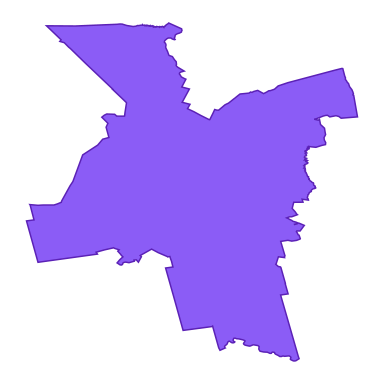 outline of Ugāles pag., Ventspils, Latvia
{"feature_id": "27541924B38189236696308", "entity_name": "Ugāles pag.", "entity_type": "district", "adm_level": 2, "iso_a3": "LVA", "parent_name": "Latvia", "parent_adm1": "Ventspils", "projection": "natural_earth1", "projection_center": [21.987, 57.232], "detail": "fine", "context": "isolated", "style": "filled", "palette": "violet", "viewbox_px": 384, "rotation_deg": 0, "n_neighbors": 0, "source": "geoboundaries", "source_scale": "gbopen_adm2", "svg_char_len": 5881}
<svg xmlns="http://www.w3.org/2000/svg" viewBox="0 0 384 384"><path d="M38.0,262.3L97.4,254.1L96.1,252.2L104.8,249.8L112.8,248.0L113.3,247.7L114.7,248.4L119.1,249.8L117.8,251.2L120.8,254.5L121.2,255.2L122.9,256.9L119.8,259.7L117.1,262.9L120.1,264.9L121.6,265.0L122.5,264.4L122.9,263.1L123.9,262.4L125.7,262.1L129.0,262.7L134.3,261.2L134.0,260.1L136.3,259.8L138.4,262.2L141.4,256.7L140.2,255.5L151.6,249.1L158.1,252.6L167.4,256.6L167.6,256.9L169.9,256.5L170.5,258.6L171.5,261.2L172.9,267.0L165.6,268.0L173.9,297.4L183.1,330.4L211.7,326.6L212.2,326.4L212.6,326.1L218.7,347.8L220.0,350.3L225.2,348.0L224.8,347.7L224.6,346.7L225.0,345.8L226.8,344.4L227.3,343.6L227.7,342.3L228.3,341.6L229.0,341.2L229.5,341.2L231.6,342.6L233.0,342.9L234.5,342.4L234.8,341.9L233.5,341.1L233.2,340.6L233.2,339.7L233.6,338.7L234.0,338.2L235.3,338.2L236.5,338.7L238.9,338.9L243.1,339.9L244.8,340.6L245.0,341.0L244.8,341.6L244.1,342.4L243.5,343.7L243.7,344.1L244.6,344.9L245.7,345.3L249.3,346.1L250.3,346.0L252.9,344.9L253.6,344.8L258.0,345.6L259.1,346.5L258.8,349.1L259.8,351.0L260.4,351.3L263.6,352.0L267.3,352.2L270.1,353.4L271.3,353.3L272.0,352.3L272.5,352.1L274.2,352.3L274.8,352.9L274.8,353.5L275.6,354.2L278.1,355.4L279.8,356.5L281.5,356.5L282.4,356.1L283.2,356.0L284.6,356.3L288.9,355.9L289.6,356.1L290.8,357.1L290.9,357.5L290.4,358.9L290.4,359.4L290.8,359.7L293.1,360.8L294.0,361.0L295.8,360.8L299.1,358.7L298.3,356.4L280.6,295.0L288.1,293.9L285.2,283.6L285.4,283.4L280.9,267.5L280.7,267.5L280.4,266.9L278.3,266.5L275.8,264.3L276.2,263.7L278.4,256.8L284.6,257.6L284.4,256.7L285.0,255.9L280.7,241.4L287.9,240.3L291.8,241.1L296.5,240.4L300.0,239.1L300.3,238.7L299.1,235.2L298.2,234.8L297.2,232.8L296.4,231.7L296.9,230.9L300.1,231.0L304.3,225.4L299.4,223.3L298.2,223.0L297.2,223.8L294.6,224.5L294.5,224.3L297.1,223.6L298.0,223.0L296.2,222.2L292.7,221.2L291.8,220.4L289.6,219.4L288.7,218.8L286.7,217.9L289.6,216.8L291.7,216.8L297.4,214.7L296.8,214.2L295.1,211.7L292.2,208.5L293.7,202.3L303.0,202.2L302.1,199.2L308.4,200.1L308.1,198.8L307.4,198.2L307.3,197.8L307.6,196.5L307.9,195.8L307.9,194.8L308.9,193.9L309.1,192.9L309.8,192.3L311.3,191.5L311.1,190.6L312.1,189.5L313.2,188.8L314.7,188.5L315.7,188.0L315.7,187.7L315.0,187.1L315.2,186.9L315.2,186.3L314.9,185.9L313.7,185.1L313.6,184.8L313.6,183.5L313.4,182.9L312.1,182.4L311.4,181.6L310.1,180.8L310.0,180.5L309.6,180.1L309.3,179.4L308.8,179.3L308.8,179.0L309.1,178.5L308.3,177.7L308.5,176.7L307.5,176.3L307.0,174.8L306.9,174.2L306.2,173.3L306.1,172.5L305.1,171.7L305.5,170.9L304.7,170.0L305.4,169.2L305.0,168.1L304.0,168.0L304.9,166.9L303.9,165.8L304.8,165.5L304.5,164.9L304.6,164.6L305.4,164.4L307.6,163.4L307.9,162.8L307.2,162.0L306.3,161.9L305.6,161.3L305.6,161.0L307.3,160.4L305.5,159.5L304.6,159.8L304.8,159.4L306.5,158.3L304.5,157.6L304.4,157.2L304.8,156.3L305.4,155.9L306.1,155.8L306.5,155.4L306.4,154.8L305.3,153.6L306.3,153.0L306.8,152.9L306.1,152.1L305.0,151.8L305.0,151.0L305.3,150.7L306.5,150.7L307.4,149.9L307.5,149.5L306.8,149.1L307.2,148.5L307.4,148.4L308.8,149.1L309.3,148.1L309.2,147.9L307.8,147.5L307.5,147.3L307.5,147.1L308.9,146.8L308.8,146.4L311.0,146.8L315.9,147.3L321.9,145.4L325.5,144.6L325.7,142.6L324.4,140.2L324.0,137.7L325.6,134.6L325.1,132.1L324.5,128.2L320.5,124.5L319.5,119.4L318.3,120.2L314.2,119.2L316.4,118.7L323.4,116.0L325.8,115.4L327.5,115.3L329.8,116.9L336.0,115.7L338.9,116.5L341.1,118.2L357.5,116.9L353.7,95.3L353.0,95.0L353.0,94.5L353.4,93.7L352.8,91.8L351.9,89.7L349.6,86.7L348.5,83.5L347.2,82.2L346.8,81.3L345.3,79.2L345.5,78.0L345.2,77.0L344.9,76.7L342.8,68.6L342.0,68.4L335.2,70.1L287.8,82.7L278.2,85.9L274.5,89.2L270.5,90.6L268.7,90.8L266.6,92.1L263.6,93.6L257.7,90.4L253.6,91.5L252.0,92.4L250.6,92.0L249.0,93.1L240.0,94.0L228.4,103.2L226.6,104.0L224.9,104.9L218.6,110.2L216.7,110.1L214.7,109.5L212.9,113.4L209.8,119.6L209.3,119.7L200.9,115.5L193.9,111.7L187.5,108.7L190.0,104.3L182.2,102.3L189.4,89.0L181.8,87.0L185.9,79.2L184.5,78.6L181.3,76.9L180.3,75.1L179.5,74.2L179.4,73.3L179.9,72.6L181.0,72.0L184.2,71.1L177.7,67.2L176.5,66.1L176.1,65.1L176.5,64.4L176.2,61.7L174.5,59.8L172.4,56.6L169.3,55.5L168.8,55.0L167.6,51.6L165.8,47.8L165.7,46.6L166.0,45.2L165.9,44.4L165.4,43.2L164.4,42.3L164.4,42.1L164.5,41.3L164.8,40.6L166.8,38.8L168.3,38.0L170.8,38.0L172.1,38.9L173.4,39.4L174.7,39.7L175.1,39.5L174.6,38.8L174.4,38.0L174.9,37.0L175.2,35.2L175.7,34.7L177.4,33.7L179.5,33.1L181.4,32.1L181.6,31.1L182.0,30.5L181.6,28.8L168.7,23.0L167.9,23.8L166.1,24.9L165.7,25.5L164.9,26.0L164.9,26.4L164.6,26.5L164.4,26.8L164.1,26.8L163.9,27.0L163.6,26.9L163.6,27.1L163.4,26.9L163.6,26.8L163.4,26.7L163.2,26.9L162.6,26.4L162.2,26.7L162.4,26.7L161.6,26.9L161.3,26.7L161.2,26.9L160.9,26.8L160.7,26.7L159.9,27.0L159.6,26.7L159.4,27.0L159.3,26.8L158.1,26.8L157.4,26.6L157.0,26.7L156.7,26.5L156.3,26.9L156.1,26.7L155.7,26.9L155.3,26.8L155.2,27.0L154.9,26.8L154.3,27.0L154.2,26.8L153.9,26.9L154.0,26.7L153.4,26.5L153.3,26.3L152.6,26.2L152.8,26.0L152.5,26.0L152.2,25.7L151.4,26.0L151.2,25.8L151.3,26.0L150.9,26.0L151.1,26.2L150.7,26.3L150.1,25.9L149.8,26.0L149.9,25.7L149.4,25.9L149.1,25.7L148.9,25.9L148.1,25.5L147.4,25.7L147.4,25.3L147.1,25.2L147.0,25.3L146.7,25.2L146.1,25.7L145.9,25.3L145.4,25.3L145.4,25.5L145.0,25.6L144.5,25.1L144.3,25.2L144.4,25.3L144.3,25.5L143.8,25.2L143.0,25.2L142.7,24.9L142.7,25.1L142.1,25.3L141.3,25.1L138.5,25.6L137.5,25.5L135.9,26.2L133.1,26.5L126.8,25.5L122.2,24.1L119.9,24.0L116.9,24.3L75.5,26.0L46.5,25.8L61.1,39.8L59.8,41.4L64.3,42.7L68.6,47.1L70.2,48.4L85.4,63.2L112.8,89.2L112.5,89.3L126.1,102.3L126.5,102.9L125.0,112.5L124.6,115.9L124.2,115.9L124.0,116.2L116.7,116.1L114.7,114.3L106.7,114.0L104.3,115.2L101.8,117.2L107.9,123.3L106.1,127.2L108.9,137.5L102.7,139.2L97.7,145.1L82.7,154.9L72.9,181.5L70.0,185.9L61.6,201.1L61.3,202.3L57.4,203.9L54.0,205.0L43.4,205.0L38.0,205.3L29.9,204.6L30.1,204.9L34.0,219.9L26.5,220.9L38.0,262.3Z" fill="#8b5cf6" stroke="#5b21b6" stroke-width="1.5"/></svg>